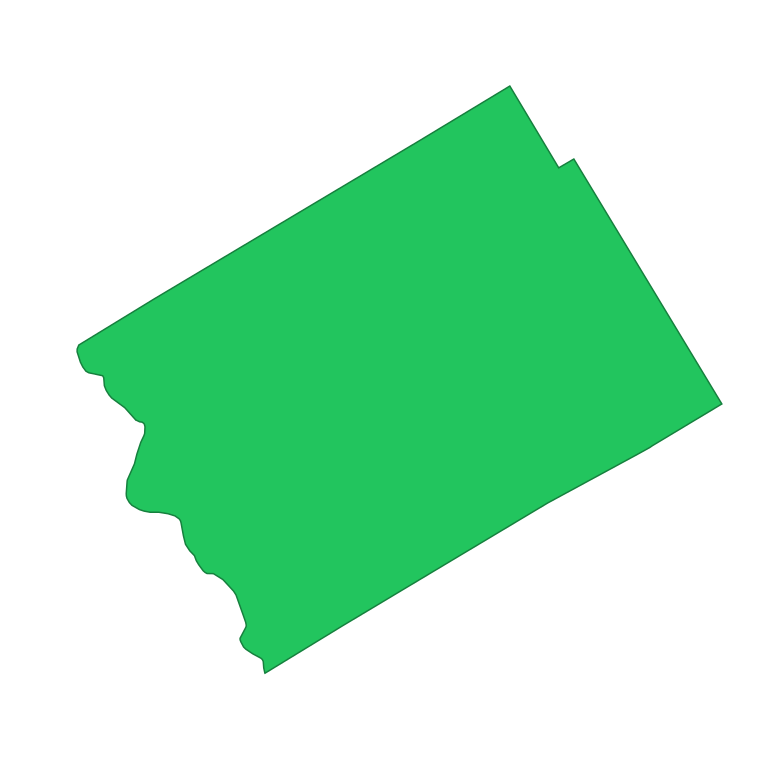 the district of St. Croix, Wisconsin, United States of America, rotated 329°
{"feature_id": "52423323B83596811379521", "entity_name": "St. Croix", "entity_type": "district", "adm_level": 2, "iso_a3": "USA", "parent_name": "United States of America", "parent_adm1": "Wisconsin", "projection": "equal_earth", "projection_center": [-92.697, 45.034], "detail": "fine", "context": "isolated", "style": "filled", "palette": "green", "viewbox_px": 768, "rotation_deg": 329, "n_neighbors": 0, "source": "geoboundaries", "source_scale": "gbopen_adm2", "svg_char_len": 1203}
<svg xmlns="http://www.w3.org/2000/svg" viewBox="0 0 768 768"><g transform="rotate(329 384 384)"><path d="M645.3,193.4L538.8,193.7L231.5,192.7L142.5,193.4L139.0,196.0L137.5,198.4L135.0,209.0L134.6,214.4L135.1,219.5L136.7,222.3L147.1,232.0L147.0,234.3L143.4,241.5L142.6,246.5L142.7,252.0L143.4,255.9L149.6,270.8L152.7,287.1L152.8,287.1L155.0,290.5L157.0,292.1L157.9,294.2L157.8,295.2L157.1,297.6L153.4,303.1L151.8,304.5L145.5,308.7L136.1,316.8L129.0,323.9L114.4,334.2L114.0,334.8L113.7,335.1L106.6,345.2L105.5,347.3L104.8,349.7L104.7,354.5L105.5,358.3L109.7,365.7L112.9,369.4L117.4,373.4L125.0,378.0L132.1,384.0L136.9,389.4L139.0,394.2L139.1,396.3L138.6,398.3L133.9,410.8L131.3,419.2L131.6,427.0L133.1,433.5L132.1,438.8L132.1,443.5L132.8,450.9L133.6,453.4L134.7,455.3L140.1,458.7L145.2,468.7L148.4,484.1L148.5,488.7L144.4,509.0L142.7,517.1L141.8,519.5L141.1,520.7L139.6,521.8L129.7,527.8L128.9,529.2L128.5,531.4L128.2,537.1L129.0,540.2L132.6,547.8L137.2,555.5L137.8,557.4L137.6,559.6L134.7,565.4L133.0,570.4L133.0,570.6L224.5,569.9L361.1,570.1L463.4,570.3L567.2,574.9L579.4,575.3L582.6,575.1L663.3,575.1L662.6,288.9L645.1,288.7L645.3,193.4Z" fill="#22c55e" stroke="#15803d" stroke-width="1.5"/></g></svg>